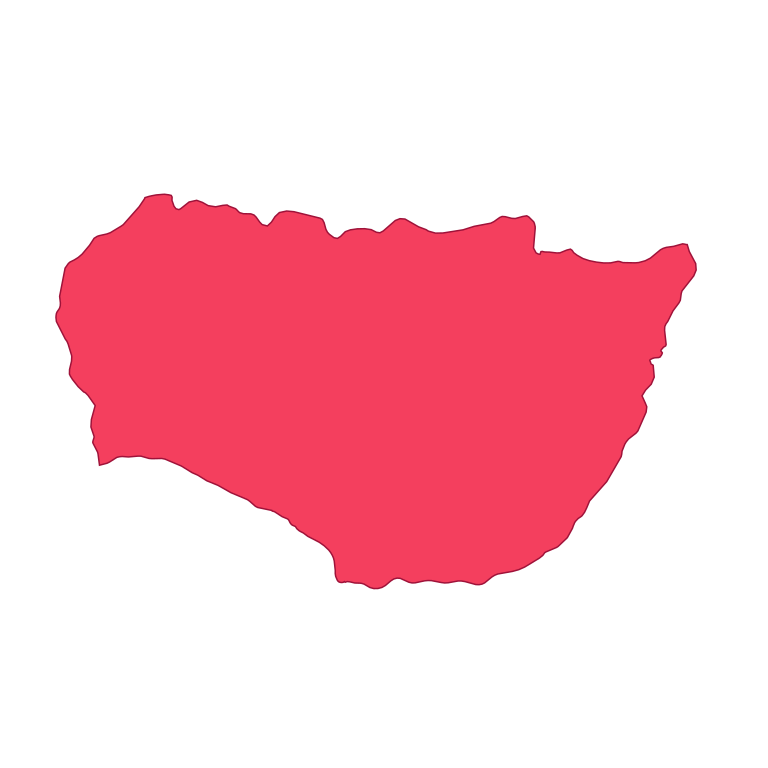 map outline of Entre Ríos (orthographic projection), rotated 265°
{"feature_id": "ARG-1309", "entity_name": "Entre Ríos", "entity_type": "Province", "adm_level": 1, "iso_a3": "ARG", "parent_name": "Argentina", "parent_adm1": "", "projection": "orthographic", "projection_center": [-59.178, -32.1], "detail": "fine", "context": "isolated", "style": "filled", "palette": "rose", "viewbox_px": 768, "rotation_deg": 265, "n_neighbors": 0, "source": "natural_earth", "source_scale": "10m", "svg_char_len": 4268}
<svg xmlns="http://www.w3.org/2000/svg" viewBox="0 0 768 768"><g transform="rotate(265 384 384)"><path d="M532.6,441.6L532.6,441.1L529.8,448.5L529.3,455.9L530.7,476.2L533.2,487.5L534.9,504.4L536.2,507.7L539.8,513.8L540.6,516.3L540.1,519.4L537.9,525.7L537.4,529.3L538.8,536.8L539.1,540.9L537.8,542.8L532.6,547.2L531.0,547.8L527.7,548.3L525.9,548.2L506.4,544.8L501.4,546.9L500.8,547.8L499.9,549.3L499.6,550.7L502.2,551.9L502.3,553.2L501.7,554.9L501.4,556.5L501.0,560.1L499.5,567.5L499.3,570.6L501.5,577.8L502.1,581.5L500.7,583.1L498.3,584.4L495.5,587.5L491.6,593.2L489.0,599.2L486.9,606.3L485.4,613.6L484.9,620.2L485.8,627.7L485.5,629.3L484.1,632.6L482.8,644.8L482.8,648.4L484.0,655.0L486.2,660.4L493.6,671.1L494.8,673.9L495.5,677.1L495.9,684.6L497.6,693.7L497.2,695.4L496.6,697.3L496.5,698.2L489.3,699.7L476.8,705.0L470.3,704.9L464.7,702.0L450.8,689.0L448.3,688.0L441.6,686.5L439.1,684.9L431.7,678.3L421.7,672.2L419.4,670.2L416.7,668.7L413.0,668.2L398.8,668.5L397.5,668.0L396.8,666.8L396.4,665.7L395.9,665.1L395.5,664.9L394.2,663.4L393.5,662.9L392.7,662.8L391.9,663.3L391.2,663.8L390.7,664.0L389.4,663.4L388.3,662.7L387.5,661.8L387.0,661.7L386.4,660.0L386.5,656.0L386.1,653.8L385.1,651.3L384.2,650.8L383.0,651.3L381.0,651.7L380.5,652.0L379.5,653.5L379.1,653.8L367.3,653.8L360.5,650.2L355.2,644.1L349.7,640.0L342.0,642.7L338.4,643.8L333.2,642.7L315.1,632.8L313.2,630.9L307.9,622.8L305.2,620.2L303.0,618.6L296.4,615.3L293.3,614.7L290.9,613.9L267.4,597.4L249.6,578.6L242.9,575.1L238.7,572.6L235.5,569.8L234.8,568.8L233.1,565.7L230.7,563.0L229.1,561.7L228.0,561.2L226.2,560.2L223.7,559.1L214.9,553.2L207.0,543.3L206.2,541.8L202.6,530.7L202.0,529.5L201.4,528.9L200.0,527.8L199.4,527.2L197.0,523.6L189.4,508.2L187.3,502.1L186.1,495.6L184.8,480.7L183.8,477.5L182.4,474.7L177.1,466.9L176.1,464.2L175.8,461.2L176.2,458.0L180.1,447.5L181.0,443.9L181.3,440.5L180.4,430.7L180.5,427.2L181.2,423.9L184.0,414.1L184.4,410.8L184.4,407.4L183.2,397.6L183.4,394.5L184.4,391.4L189.0,383.2L189.5,380.1L188.9,376.7L187.2,373.5L183.2,367.9L181.5,364.2L180.8,360.1L181.1,356.0L182.5,352.2L186.4,346.7L187.3,344.5L187.7,342.8L188.3,337.6L189.9,332.7L190.4,330.1L189.9,328.0L190.0,327.9L190.4,327.4L190.6,327.3L190.0,326.1L189.9,324.6L190.2,323.1L190.7,321.9L191.7,320.9L192.8,320.3L196.6,319.1L199.4,318.9L202.5,319.2L212.1,319.0L215.1,318.5L218.0,317.5L220.7,316.2L223.4,314.5L228.0,310.4L232.0,305.7L238.9,294.8L242.6,290.7L244.4,287.8L245.4,286.5L247.5,284.5L249.3,283.6L249.9,283.1L251.4,280.3L252.3,279.4L253.3,278.7L254.3,278.2L256.4,277.4L257.4,276.8L258.1,276.0L260.7,271.0L266.4,263.7L267.2,261.5L267.8,261.3L272.0,247.4L273.4,245.2L279.0,239.9L280.7,237.9L289.1,222.0L297.5,209.8L303.0,199.1L309.5,190.4L312.4,185.1L320.0,174.9L328.3,159.2L329.2,156.1L329.8,146.6L330.3,143.5L333.3,135.6L333.6,132.6L333.6,123.1L334.6,116.9L334.6,114.2L334.2,111.5L330.2,103.8L329.2,101.2L327.9,93.5L339.5,93.0L341.2,92.7L350.3,89.0L351.1,88.8L351.6,88.9L352.3,89.0L356.0,90.5L357.2,90.6L366.7,88.3L374.1,89.4L387.7,94.4L398.4,88.2L401.3,85.8L402.3,84.1L408.0,79.1L415.6,74.1L419.1,72.3L421.3,71.5L425.8,72.0L434.0,74.7L438.2,75.3L439.6,75.3L451.4,72.8L454.1,71.9L456.6,70.4L474.8,63.1L478.8,63.0L480.8,63.3L482.8,63.8L484.3,64.6L487.5,67.2L488.3,67.6L490.1,68.3L493.0,68.7L499.6,68.5L527.2,76.4L531.6,80.1L532.9,81.9L533.3,83.0L534.6,86.3L536.7,90.4L539.7,94.6L547.9,102.8L554.4,107.9L556.1,111.2L556.6,113.3L557.6,120.9L558.6,124.6L564.2,136.0L565.5,138.2L581.9,155.5L589.4,161.6L590.5,162.1L591.4,166.4L591.8,169.4L592.2,173.5L592.2,180.4L592.1,182.1L591.2,186.1L590.4,188.5L588.7,189.2L585.4,188.8L579.4,190.3L576.7,192.0L575.6,194.9L576.4,196.8L582.3,205.7L583.3,213.4L580.7,219.0L577.0,224.4L575.2,231.7L576.0,239.0L576.0,243.3L574.6,245.2L571.6,251.4L570.5,252.4L568.2,254.2L567.2,255.3L565.9,258.7L565.1,266.2L563.7,269.2L561.5,271.1L556.1,274.3L553.4,276.5L551.6,281.6L555.0,285.9L556.6,287.2L560.2,290.0L563.9,294.7L564.8,302.1L563.5,309.3L554.8,334.7L553.3,337.0L549.9,338.4L543.2,339.6L540.1,340.9L537.9,342.6L534.1,346.9L533.1,350.3L534.8,353.6L539.1,358.7L540.5,363.9L540.9,370.9L540.4,378.3L538.9,384.7L535.8,389.7L535.0,393.1L536.5,396.6L545.9,409.5L547.3,414.3L546.5,419.3L537.6,432.1L534.1,439.4L532.7,441.2L532.6,441.6Z" fill="#f43f5e" stroke="#9f1239" stroke-width="1.5"/></g></svg>